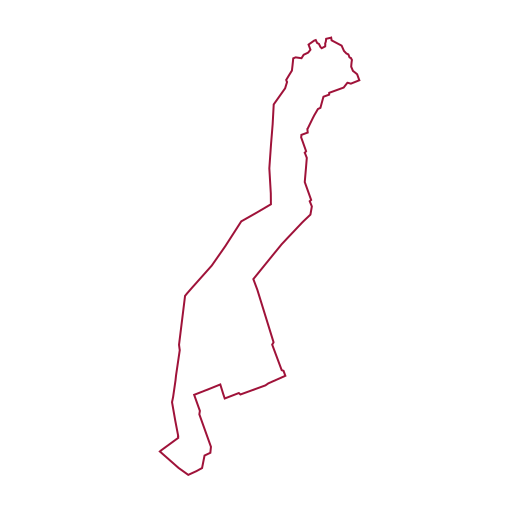 the district of Akdepe, Tashauz, Turkmenistan, rotated 340°
{"feature_id": "10190150B20893258254384", "entity_name": "Akdepe", "entity_type": "district", "adm_level": 2, "iso_a3": "TKM", "parent_name": "Turkmenistan", "parent_adm1": "Tashauz", "projection": "equal_earth", "projection_center": [58.748, 41.039], "detail": "fine", "context": "isolated", "style": "outline", "palette": "rose", "viewbox_px": 512, "rotation_deg": 340, "n_neighbors": 0, "source": "geoboundaries", "source_scale": "gbopen_adm2", "svg_char_len": 2281}
<svg xmlns="http://www.w3.org/2000/svg" viewBox="0 0 512 512"><g transform="rotate(340 256 256)"><path d="M152.3,317.6L152.2,318.3L140.0,340.9L137.8,345.4L129.9,360.1L127.5,364.0L127.1,364.6L123.8,383.2L121.3,398.7L121.0,398.8L120.7,400.3L100.7,406.1L98.8,406.8L110.7,428.6L117.5,438.5L126.3,437.8L132.8,436.8L139.4,425.9L145.8,425.3L148.4,419.9L148.6,385.4L150.1,382.7L150.3,382.3L150.4,365.3L167.1,364.9L178.5,364.5L178.0,374.6L177.9,379.2L192.8,378.9L193.0,378.9L194.0,380.8L220.6,380.8L223.3,380.1L223.9,379.9L242.6,378.6L242.6,374.4L242.6,373.3L241.4,372.3L241.1,372.1L240.9,344.8L242.9,343.2L243.0,343.0L245.7,288.2L245.7,287.7L245.6,276.8L255.1,271.1L272.1,260.9L284.2,253.7L292.5,249.5L310.5,240.5L313.1,239.3L320.9,235.9L321.3,235.7L325.4,228.6L325.4,227.2L325.2,222.9L326.3,222.5L327.0,222.2L327.1,203.9L327.1,203.2L329.0,199.1L333.2,190.1L337.1,181.6L337.3,181.1L337.2,176.0L337.1,175.7L337.3,175.6L338.9,174.7L339.0,163.8L339.0,159.9L339.5,159.0L340.1,157.7L340.7,157.7L344.6,157.7L346.8,157.7L347.4,155.4L347.7,154.3L347.8,154.3L356.5,145.9L359.1,143.5L361.9,141.2L363.8,139.6L364.2,139.3L364.4,139.1L366.0,138.9L367.2,138.8L373.7,129.6L373.9,129.4L374.8,129.4L379.9,129.4L380.6,127.7L384.4,127.7L388.5,127.7L393.8,127.7L395.7,127.7L396.0,127.7L399.0,125.8L401.1,124.5L401.3,124.5L404.1,126.5L413.2,126.2L413.2,122.0L413.2,119.8L412.1,117.9L410.4,115.2L410.2,110.8L410.2,110.7L410.9,109.1L412.2,106.4L413.2,104.6L413.1,104.1L413.0,102.9L413.0,102.6L412.1,101.7L411.8,101.3L411.8,100.4L411.8,99.3L411.7,98.1L410.2,96.6L408.8,93.4L408.4,87.6L400.8,79.2L401.3,76.5L401.0,76.5L399.5,76.3L396.2,75.9L395.5,77.3L395.0,78.3L394.7,78.7L393.6,80.1L393.5,80.8L392.7,82.7L388.8,83.2L388.1,81.8L388.0,81.3L387.8,79.3L387.7,78.5L387.7,78.3L387.0,77.5L386.3,76.7L386.0,73.5L385.9,73.5L385.3,73.5L384.3,73.5L377.7,75.3L377.7,77.2L377.7,80.8L377.4,81.0L374.6,82.7L372.9,82.9L369.6,83.2L366.4,85.7L361.2,82.9L358.6,83.0L358.0,84.2L357.6,85.1L355.4,89.6L353.4,93.6L353.1,94.1L348.9,97.4L344.1,101.3L344.5,101.2L344.5,101.3L344.7,103.1L340.7,108.4L324.5,119.6L316.7,137.9L308.4,156.0L298.5,178.2L291.3,202.3L287.7,212.5L270.2,215.7L254.0,218.4L230.6,236.2L211.1,249.9L186.2,263.3L178.9,267.3L175.7,269.2L153.3,313.1L152.3,317.6Z" fill="none" stroke="#9f1239" stroke-width="2"/></g></svg>